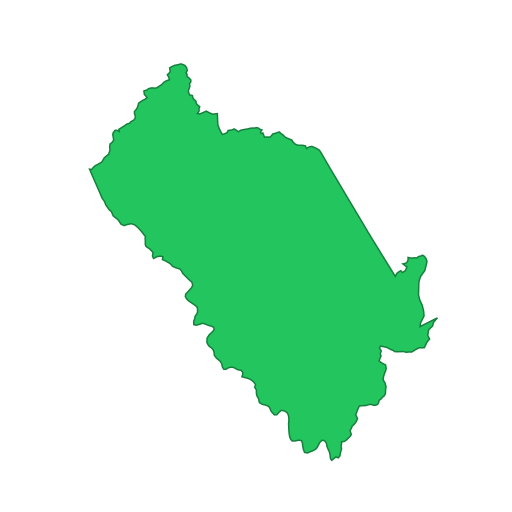 outline of Pirenópolis, Goiás, Brazil, rotated 129°
{"feature_id": "56859067B31927266402805", "entity_name": "Pirenópolis", "entity_type": "district", "adm_level": 2, "iso_a3": "BRA", "parent_name": "Brazil", "parent_adm1": "Goiás", "projection": "mercator", "projection_center": [-48.996, -15.826], "detail": "fine", "context": "isolated", "style": "filled", "palette": "green", "viewbox_px": 512, "rotation_deg": 129, "n_neighbors": 0, "source": "geoboundaries", "source_scale": "gbopen_adm2", "svg_char_len": 5272}
<svg xmlns="http://www.w3.org/2000/svg" viewBox="0 0 512 512"><g transform="rotate(129 256 256)"><path d="M312.0,353.4L313.2,352.1L316.6,349.4L317.7,347.8L317.7,346.0L317.4,343.0L318.1,338.2L321.1,336.5L322.4,334.1L320.5,333.2L318.5,332.4L315.8,329.5L315.1,327.8L317.7,326.5L317.0,324.2L316.2,319.9L316.0,316.9L316.5,314.5L315.9,311.7L314.7,308.7L314.0,306.6L314.7,303.9L315.6,302.1L315.9,299.7L316.2,296.6L316.5,294.0L316.6,292.3L316.7,289.4L318.6,286.7L321.6,286.1L323.4,286.3L326.5,286.4L329.7,286.7L331.9,285.5L333.0,283.1L333.3,279.9L332.7,273.1L332.7,270.0L333.8,268.3L335.1,267.2L336.4,266.1L338.4,265.6L341.2,265.4L343.5,264.1L345.6,263.5L348.5,261.2L347.5,259.0L344.6,256.8L342.4,255.6L341.2,253.8L340.7,252.1L340.1,250.1L339.4,248.2L338.6,246.6L338.1,244.2L339.2,242.4L341.5,242.1L344.0,242.4L346.6,242.8L350.7,242.3L354.1,239.7L355.0,237.8L355.7,235.3L355.4,232.9L355.8,230.5L357.0,228.3L359.4,225.9L360.3,222.3L360.3,217.7L361.1,215.3L363.6,211.9L364.3,209.6L362.7,207.9L360.2,207.1L358.1,205.4L356.8,203.5L356.4,201.6L355.9,198.7L354.2,195.5L354.9,192.9L356.9,191.6L358.7,191.0L357.7,188.6L356.6,186.3L355.6,183.6L355.3,181.0L355.4,178.3L356.3,175.3L358.9,174.4L359.9,171.3L362.4,169.4L364.2,167.1L365.3,164.2L367.8,161.1L367.3,157.7L365.8,154.7L365.0,151.9L365.2,150.1L366.2,148.3L367.2,146.3L367.9,141.8L366.3,139.9L362.4,139.7L360.2,139.3L358.5,136.6L358.2,133.2L359.0,131.2L360.3,129.5L362.6,127.3L365.8,125.2L368.2,123.0L370.1,121.4L372.0,119.6L373.6,118.0L375.5,115.8L376.7,113.5L377.0,111.5L374.8,108.9L372.2,106.9L370.8,104.4L372.2,102.2L374.3,100.1L376.5,97.4L378.1,94.6L376.6,92.0L373.7,90.5L372.1,89.5L369.9,88.5L368.1,88.0L366.1,88.0L364.4,88.4L362.6,88.7L360.9,89.1L357.7,88.7L356.6,87.1L356.6,85.2L357.3,83.3L359.4,80.9L360.9,78.2L361.7,76.3L362.9,74.6L364.0,73.2L365.3,72.0L366.8,70.3L367.1,68.5L361.9,67.5L361.1,65.0L358.5,65.0L356.2,66.4L352.1,68.1L350.2,70.3L348.1,71.3L346.5,72.6L344.6,70.7L342.4,70.0L340.0,69.7L336.6,69.3L334.6,69.7L332.6,73.1L330.0,73.4L327.7,74.2L325.2,73.8L322.5,73.8L320.4,74.2L318.4,74.8L316.6,78.7L314.7,79.2L310.6,80.6L307.5,81.3L305.0,78.7L303.3,76.7L301.3,75.4L299.1,73.5L297.9,70.5L296.5,69.0L294.6,68.1L292.6,68.5L290.7,69.5L288.2,68.8L286.1,68.9L284.0,68.3L281.5,68.8L277.7,71.6L275.7,72.7L274.5,74.5L273.3,76.1L272.3,79.2L269.5,81.0L267.7,81.7L265.8,82.4L263.7,83.0L261.4,84.1L259.1,86.8L259.9,90.4L260.1,92.3L260.0,94.3L257.7,95.2L255.0,95.9L253.9,97.8L250.9,99.0L249.8,102.2L247.6,102.5L246.0,99.4L244.7,96.9L244.4,95.1L243.8,92.1L243.0,89.8L243.0,88.0L241.9,86.5L239.5,83.6L237.3,81.1L236.3,78.7L233.9,76.3L232.7,74.6L230.6,73.8L228.9,73.3L224.6,71.5L223.4,69.8L221.3,67.5L214.8,69.0L211.3,68.8L209.6,72.6L204.7,75.4L199.3,74.7L195.8,76.3L189.9,76.1L207.6,84.1L204.4,86.0L196.8,87.7L193.4,91.0L189.8,95.6L187.0,101.2L184.0,105.2L173.9,112.9L170.9,114.3L167.7,115.3L161.2,115.6L157.5,117.3L154.5,118.7L152.6,119.8L150.9,122.4L150.3,125.0L150.5,127.0L152.3,127.9L154.1,129.3L156.5,129.9L157.6,131.6L160.1,134.2L161.4,136.9L163.4,135.3L165.7,134.7L167.3,135.0L169.7,136.9L169.7,134.7L169.5,131.8L173.5,130.7L176.7,131.8L176.4,134.3L178.3,135.0L180.8,135.6L184.2,134.9L169.1,178.0L167.9,181.1L167.3,183.0L163.5,193.2L152.7,222.6L151.9,224.7L141.3,253.4L134.3,271.8L133.9,273.8L134.3,276.2L134.8,278.6L135.7,281.6L137.4,283.1L139.1,283.9L140.7,284.4L139.3,286.9L140.6,289.4L142.6,291.9L143.8,293.7L144.4,296.3L144.1,299.1L143.3,301.2L144.1,303.6L144.8,305.9L145.3,308.4L144.9,311.3L145.1,313.5L144.9,316.0L147.2,317.4L148.9,318.5L150.6,319.8L152.5,319.7L154.9,319.9L156.3,322.0L158.3,324.3L157.2,326.1L156.1,328.1L157.6,329.1L156.7,330.6L154.3,330.7L155.1,333.0L155.1,334.9L156.1,336.5L157.6,337.7L158.7,339.2L160.5,341.0L162.4,342.3L164.2,344.0L166.0,345.5L167.8,347.0L170.5,347.9L170.6,350.4L171.0,353.0L173.2,354.0L176.0,356.7L178.1,356.1L180.7,357.2L182.7,358.7L181.9,360.7L180.4,364.3L177.9,368.4L172.1,373.5L169.7,375.6L173.1,379.0L174.0,382.1L174.7,385.8L180.9,389.0L182.2,391.2L179.1,391.5L177.4,393.0L175.4,393.7L175.4,397.1L174.8,398.8L173.5,400.0L173.4,402.2L173.0,404.4L171.3,406.4L172.6,409.0L171.0,411.8L169.6,412.8L167.3,413.5L165.6,414.3L164.0,416.1L161.8,416.2L160.2,417.4L159.8,420.2L159.8,422.8L158.2,423.9L157.8,425.7L155.1,426.1L153.4,428.4L152.6,430.9L153.2,433.4L154.1,435.4L156.3,436.9L159.0,439.2L161.8,440.6L164.2,441.5L166.6,438.7L168.4,438.6L170.9,439.0L171.9,436.5L173.5,434.2L176.2,435.9L178.8,436.9L181.9,437.1L184.2,437.8L188.1,439.1L189.7,440.9L190.8,442.7L193.4,444.7L195.8,445.4L198.3,447.0L200.7,444.4L201.0,442.4L201.5,440.3L204.6,441.1L206.4,442.0L208.8,442.8L211.1,443.4L214.6,441.8L217.3,441.3L220.2,441.4L221.8,440.1L223.4,437.6L225.2,436.6L227.0,436.5L228.8,437.1L230.6,437.8L232.4,437.8L234.9,439.5L237.1,440.0L241.2,441.4L243.8,442.3L245.3,440.7L245.6,442.7L246.9,444.6L249.9,444.6L251.7,443.8L254.0,441.2L255.4,439.6L257.9,439.3L260.8,439.9L263.3,438.4L265.6,436.1L269.6,434.6L275.0,435.7L279.9,435.0L284.1,436.5L287.1,437.8L289.7,438.2L292.1,438.1L293.3,440.0L306.9,413.8L308.0,411.8L308.9,408.2L310.9,404.7L312.4,399.4L312.6,396.2L314.7,392.2L314.6,387.1L314.9,385.0L316.2,381.0L315.4,377.7L311.9,375.4L309.3,373.1L308.1,369.6L308.2,366.2L308.6,362.6L309.3,359.1L309.9,356.9L310.4,354.2L312.0,353.4Z" fill="#22c55e" stroke="#15803d" stroke-width="1.5"/></g></svg>